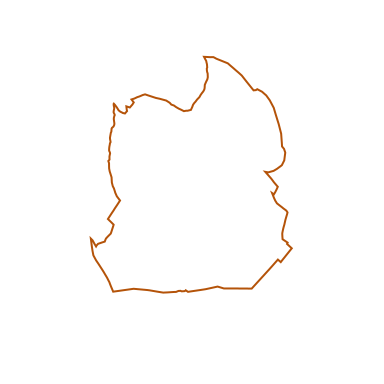 outline of Aquila, Veracruz, Mexico, rotated 124°
{"feature_id": "50627088B95158352021258", "entity_name": "Aquila", "entity_type": "district", "adm_level": 2, "iso_a3": "MEX", "parent_name": "Mexico", "parent_adm1": "Veracruz", "projection": "robinson", "projection_center": [-97.327, 18.788], "detail": "fine", "context": "isolated", "style": "outline", "palette": "amber", "viewbox_px": 384, "rotation_deg": 124, "n_neighbors": 0, "source": "geoboundaries", "source_scale": "gbopen_adm2", "svg_char_len": 3542}
<svg xmlns="http://www.w3.org/2000/svg" viewBox="0 0 384 384"><g transform="rotate(124 192 192)"><path d="M180.5,84.4L180.5,90.3L180.5,90.5L179.6,91.2L178.6,92.0L176.6,93.5L175.7,94.1L173.6,95.0L171.3,95.9L169.6,96.5L167.4,97.2L162.8,99.0L160.0,99.9L157.1,100.8L155.5,101.4L154.7,103.4L154.6,104.7L154.5,107.5L154.4,108.0L154.1,112.7L153.9,115.3L153.1,117.0L152.7,118.0L151.0,120.8L148.1,125.0L148.1,124.3L148.3,123.5L148.4,122.8L145.9,122.9L142.6,123.3L139.7,123.8L138.0,129.9L137.8,130.3L136.6,133.8L134.3,142.5L133.1,139.8L129.0,136.3L128.9,136.2L125.3,134.5L120.2,132.7L119.5,132.5L114.2,133.2L107.2,136.7L104.8,139.8L103.9,142.8L101.3,144.8L93.8,150.7L87.3,158.0L84.9,161.0L80.8,166.1L76.5,171.3L72.5,178.8L70.4,184.5L70.3,185.5L69.7,190.0L70.3,195.4L71.8,196.0L73.3,197.8L70.0,208.5L67.7,215.6L67.6,215.9L67.0,220.2L66.6,223.7L66.1,227.6L65.7,231.2L65.3,234.3L65.6,235.7L66.6,240.4L67.5,244.6L67.9,246.5L68.0,248.0L68.2,249.6L69.9,252.1L70.2,252.6L73.2,257.6L74.6,255.1L75.4,253.5L76.7,252.2L77.1,251.7L78.0,250.8L78.9,250.1L79.4,249.7L80.3,249.0L81.3,248.8L82.8,247.7L84.0,246.6L84.9,245.4L85.4,245.0L88.0,243.1L90.0,242.3L92.9,241.9L96.0,241.3L98.7,239.7L100.2,239.1L102.3,238.9L104.9,239.1L107.2,239.1L108.8,238.9L109.8,239.0L110.3,239.1L112.6,239.5L115.1,239.6L117.2,239.9L119.1,239.9L121.5,239.3L124.1,238.9L124.5,238.8L126.3,240.4L127.0,241.0L128.0,242.4L129.2,243.6L129.5,243.9L129.9,247.2L130.3,249.6L130.4,251.1L130.5,252.8L130.4,255.4L131.1,258.0L130.5,260.4L130.6,264.1L130.6,264.5L132.8,271.0L134.2,274.5L136.4,282.2L137.3,285.5L139.2,287.1L141.1,288.3L142.3,289.1L144.1,290.5L144.8,290.9L146.7,292.0L149.1,293.9L150.3,290.4L152.7,290.3L156.7,290.8L156.9,291.5L157.7,294.3L158.2,293.9L160.5,291.9L161.2,291.1L164.4,291.5L165.0,293.1L165.2,293.6L165.2,294.2L165.4,295.5L165.5,296.6L165.3,298.6L164.0,301.4L163.1,304.0L162.9,304.5L162.5,306.2L162.8,306.2L164.1,305.2L165.5,303.8L165.7,303.6L166.2,303.2L168.2,302.4L169.4,301.8L170.0,301.3L170.3,300.8L170.7,300.0L171.4,299.1L172.1,299.0L174.1,298.3L175.3,297.6L178.0,295.2L178.7,294.6L179.1,294.4L179.4,294.2L180.2,293.9L180.4,293.9L181.6,293.7L182.8,294.0L183.2,294.1L183.6,294.2L184.4,294.1L187.1,292.6L188.3,292.4L191.9,290.8L192.8,290.4L193.9,289.6L195.8,287.7L196.5,287.3L197.4,287.3L197.8,287.1L198.6,286.7L200.5,285.9L201.5,285.4L202.9,284.6L204.1,283.8L205.1,282.2L205.8,281.5L208.7,280.3L211.3,278.5L213.1,278.7L214.5,276.9L217.1,275.1L218.9,273.8L221.0,271.7L222.4,269.9L224.8,266.9L227.7,264.7L229.0,263.7L230.6,261.9L231.5,260.9L232.7,258.7L235.0,255.8L235.4,255.4L237.6,251.9L239.3,246.9L244.8,246.8L247.0,246.8L249.0,246.8L251.2,246.7L254.5,246.7L261.4,246.6L262.9,238.7L263.4,238.5L270.7,236.4L271.5,236.2L271.9,236.1L276.0,236.9L278.7,237.3L279.8,237.1L281.9,236.6L284.2,238.4L284.3,238.5L285.0,239.0L287.5,240.9L289.6,241.2L290.8,241.1L289.5,243.9L287.7,247.3L287.2,249.8L292.9,244.8L296.6,241.4L297.5,240.5L299.7,238.3L302.3,233.3L303.7,229.8L306.5,223.2L307.6,220.7L308.8,218.2L310.3,215.0L310.7,214.2L312.0,211.9L313.0,210.0L314.0,208.7L315.7,206.2L318.7,201.6L305.9,187.4L304.9,186.3L298.3,174.3L297.3,172.3L294.4,165.9L294.0,165.0L291.5,159.6L289.4,156.8L288.5,155.6L286.0,152.4L284.2,150.0L283.7,149.3L281.6,147.9L281.0,147.1L280.3,146.2L280.2,145.4L280.1,145.0L278.4,142.8L277.4,142.2L277.0,142.2L277.0,139.5L276.5,138.9L275.8,138.2L268.7,130.4L265.0,126.4L260.2,121.8L256.1,117.9L254.1,111.5L248.4,103.1L238.7,88.5L212.2,84.6L200.0,83.0L200.5,79.2L198.7,79.1L182.9,77.8L181.9,84.2L180.5,84.4Z" fill="none" stroke="#b45309" stroke-width="2"/></g></svg>